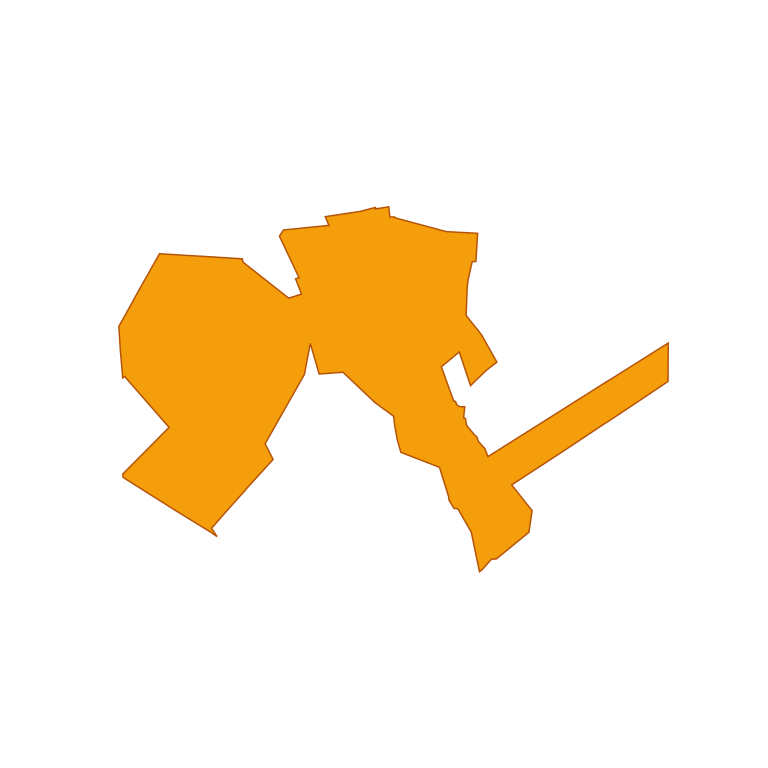 Mazatán, Sonora, Mexico, rotated 336°
{"feature_id": "50627088B62941812668880", "entity_name": "Mazatán", "entity_type": "district", "adm_level": 2, "iso_a3": "MEX", "parent_name": "Mexico", "parent_adm1": "Sonora", "projection": "mercator", "projection_center": [-110.163, 28.931], "detail": "fine", "context": "isolated", "style": "filled", "palette": "amber", "viewbox_px": 768, "rotation_deg": 336, "n_neighbors": 0, "source": "geoboundaries", "source_scale": "gbopen_adm2", "svg_char_len": 1887}
<svg xmlns="http://www.w3.org/2000/svg" viewBox="0 0 768 768"><g transform="rotate(336 384 384)"><path d="M162.5,311.9L170.0,336.2L108.7,360.0L108.0,362.4L107.7,363.3L143.3,416.6L165.3,448.7L169.4,455.5L167.8,445.6L190.9,435.0L207.2,427.7L213.9,424.8L214.2,424.7L215.1,424.0L216.0,423.6L252.0,407.8L251.1,390.2L315.2,342.9L321.1,334.3L333.2,316.9L330.2,338.5L328.8,348.5L351.3,356.6L358.5,373.9L368.2,397.3L373.1,405.9L373.2,406.0L379.7,417.4L377.0,425.8L373.5,440.1L371.6,453.3L400.8,482.7L397.2,513.3L396.1,516.6L397.4,526.1L400.7,528.1L403.5,554.8L399.2,574.4L394.9,594.3L397.7,593.7L411.0,587.7L415.2,589.5L425.3,586.8L456.1,578.4L467.8,559.9L459.6,528.1L527.6,517.1L568.4,510.1L571.4,509.7L571.5,509.7L594.3,505.9L644.5,497.2L660.3,462.2L597.7,471.2L591.9,472.0L587.1,472.6L571.4,474.9L568.3,475.4L551.9,477.7L531.1,480.8L449.4,492.6L449.9,484.2L447.8,477.8L446.9,474.5L447.3,470.1L445.9,466.9L442.8,456.1L443.1,453.3L444.4,448.8L443.0,447.3L443.5,446.4L448.5,437.7L444.8,435.9L444.2,435.6L442.9,434.2L442.6,433.7L442.1,432.6L442.1,431.8L442.2,429.1L440.8,427.6L441.6,416.2L443.4,391.6L465.8,385.3L462.4,420.7L463.2,420.4L465.7,419.5L466.5,419.1L483.1,413.1L496.0,409.9L494.6,394.9L494.2,390.8L493.6,383.6L493.3,380.9L493.1,378.7L492.3,375.5L491.2,371.1L490.8,369.9L488.2,359.9L487.2,355.7L486.9,354.7L489.2,350.1L499.3,329.6L503.3,322.9L508.3,316.2L512.8,310.2L514.3,308.2L517.8,309.4L519.5,306.2L522.6,300.2L524.0,297.5L530.8,284.4L503.0,270.2L472.1,245.2L462.0,236.9L461.5,235.6L457.3,233.8L460.4,224.1L447.4,220.6L448.0,219.2L432.3,216.6L398.4,207.2L398.2,216.7L354.9,202.4L348.6,206.4L349.2,232.9L349.6,252.3L346.0,251.9L345.2,268.3L331.8,266.8L304.8,215.4L305.5,212.0L231.9,173.7L203.8,194.5L199.5,197.7L174.5,216.6L165.2,223.5L156.7,246.4L150.3,265.0L149.0,268.8L147.7,272.1L150.2,271.9L158.9,300.2L162.5,311.9Z" fill="#f59e0b" stroke="#b45309" stroke-width="1.5"/></g></svg>